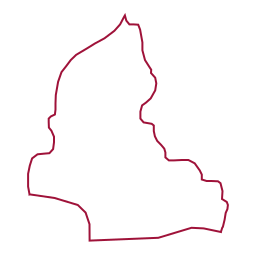 outline of Resen
{"feature_id": "MKD-2894", "entity_name": "Resen", "entity_type": "Statistical Region", "adm_level": 1, "iso_a3": "MKD", "parent_name": "North Macedonia", "parent_adm1": "", "projection": "albers", "projection_center": [21.045, 41.032], "detail": "fine", "context": "isolated", "style": "outline", "palette": "rose", "viewbox_px": 256, "rotation_deg": 0, "n_neighbors": 0, "source": "natural_earth", "source_scale": "10m", "svg_char_len": 1226}
<svg xmlns="http://www.w3.org/2000/svg" viewBox="0 0 256 256"><path d="M89.6,240.6L89.5,224.2L85.6,212.6L77.8,205.0L54.6,198.0L29.9,194.4L29.5,194.5L29.5,194.3L28.8,190.4L28.1,186.6L28.1,180.9L28.1,173.8L29.8,165.6L32.1,158.4L37.5,154.3L44.6,153.6L49.4,153.2L53.1,149.1L54.0,142.3L54.0,136.7L51.4,130.7L48.9,127.6L48.7,122.0L48.7,118.6L50.9,116.4L54.9,114.5L55.5,109.6L55.5,103.2L55.8,95.0L58.1,81.8L61.5,72.1L66.0,66.4L70.8,60.0L76.2,54.8L87.0,48.4L94.9,43.5L104.5,38.3L114.4,30.8L120.1,24.4L124.3,16.4L124.9,15.4L126.3,20.6L129.4,24.4L133.6,24.4L138.2,24.7L140.1,29.6L142.4,42.4L142.4,50.3L145.0,60.1L149.8,67.6L151.2,69.7L151.0,73.0L155.2,77.7L156.3,83.4L155.2,90.4L150.7,98.4L146.0,102.6L142.1,105.4L140.4,111.6L140.4,118.6L143.6,122.4L151.7,123.8L153.8,125.5L153.8,131.1L154.9,136.3L157.2,140.9L161.2,145.0L164.3,148.7L165.4,152.5L165.4,157.4L168.9,160.4L173.9,160.4L181.9,160.0L188.4,160.0L194.7,163.3L199.8,170.5L201.8,174.6L201.8,179.5L206.6,181.0L211.4,181.0L218.0,181.3L220.5,183.2L222.5,191.1L222.0,199.0L226.8,202.0L227.9,205.0L227.4,209.1L225.7,212.9L224.6,219.7L222.9,226.8L222.3,227.6L220.9,231.9L220.9,232.0L203.7,228.4L191.5,227.8L158.3,237.8L89.6,240.6Z" fill="none" stroke="#9f1239" stroke-width="2"/></svg>